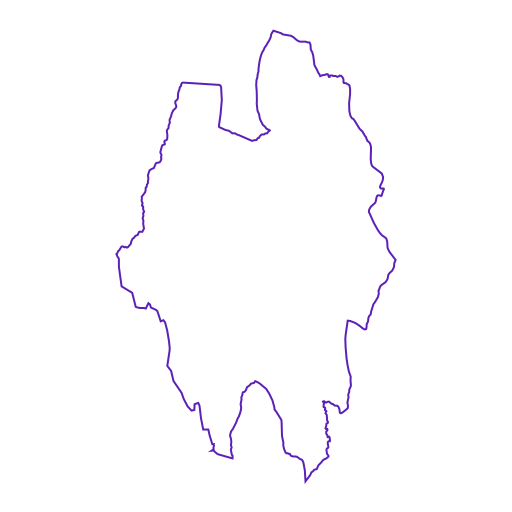 Loima, Rift Valley, Kenya
{"feature_id": "3690345B72596484741491", "entity_name": "Loima", "entity_type": "district", "adm_level": 2, "iso_a3": "KEN", "parent_name": "Kenya", "parent_adm1": "Rift Valley", "projection": "equal_earth", "projection_center": [35.181, 3.01], "detail": "fine", "context": "isolated", "style": "outline", "palette": "violet", "viewbox_px": 512, "rotation_deg": 0, "n_neighbors": 0, "source": "geoboundaries", "source_scale": "gbopen_adm2", "svg_char_len": 6047}
<svg xmlns="http://www.w3.org/2000/svg" viewBox="0 0 512 512"><path d="M305.5,481.3L310.2,475.1L311.3,472.5L313.4,470.9L314.1,469.8L316.7,469.1L318.5,465.2L321.0,462.7L322.9,460.3L323.9,459.5L326.0,458.6L328.4,456.7L328.5,456.3L328.4,455.6L327.0,453.8L326.4,449.7L327.0,448.5L328.0,447.9L328.4,447.2L327.7,443.1L327.9,442.0L328.5,441.3L329.9,441.2L330.0,440.2L329.5,437.2L329.0,436.7L327.7,437.1L327.5,436.6L327.4,435.2L326.6,434.4L326.2,433.1L326.2,431.7L327.3,430.4L327.5,429.7L327.1,428.9L326.0,429.0L325.5,428.4L326.1,426.4L326.5,423.6L327.7,423.0L328.0,422.0L327.1,420.4L326.8,415.3L326.6,414.7L325.5,413.3L325.7,412.5L326.4,411.3L326.1,410.8L324.9,410.0L325.2,408.1L325.0,407.6L323.7,407.1L323.5,406.3L324.0,403.6L323.0,401.6L324.0,401.2L325.9,402.6L328.0,401.7L329.1,401.7L331.6,403.8L332.9,404.0L334.7,405.6L337.1,405.7L338.2,406.5L339.3,408.8L339.9,412.6L340.4,413.2L341.3,413.2L342.8,412.3L346.9,409.0L347.9,407.9L347.9,405.0L347.4,402.6L348.6,396.9L348.2,395.6L348.4,394.0L349.2,392.0L349.3,389.5L350.8,386.2L350.9,384.5L350.5,380.4L350.7,376.7L348.8,371.2L347.5,364.8L346.5,357.9L345.6,347.2L345.3,339.1L345.7,334.5L347.7,320.7L350.0,320.9L355.2,322.9L358.9,325.3L362.8,328.4L364.5,329.3L365.8,329.3L366.2,329.0L366.5,327.4L366.7,324.1L367.8,322.0L368.2,320.5L368.3,318.3L369.0,316.3L370.7,314.3L371.1,311.7L373.4,304.3L375.4,301.4L377.8,297.3L378.8,293.8L378.5,290.6L379.3,289.1L380.0,286.9L381.1,285.3L385.5,282.2L387.3,279.5L387.9,277.6L388.3,274.8L389.7,272.9L392.3,270.5L393.6,267.9L394.0,266.7L394.3,263.2L395.6,259.9L389.4,251.8L387.9,248.7L387.5,247.1L387.2,241.6L386.4,238.9L385.8,238.0L382.1,235.4L379.8,232.9L378.0,230.3L374.0,223.2L368.9,211.9L369.0,210.1L370.3,207.5L371.7,205.9L374.9,203.1L375.4,202.4L375.9,200.7L376.5,197.5L377.1,196.0L378.0,195.3L380.1,195.5L381.0,196.0L381.6,195.7L382.9,191.5L383.9,189.2L383.6,188.5L380.9,188.5L380.1,187.5L380.0,186.8L380.6,185.0L382.0,182.3L382.6,180.6L383.1,178.1L383.0,176.8L381.8,173.5L372.7,166.6L371.9,165.6L371.1,163.1L370.7,158.9L371.0,149.6L371.0,147.2L370.4,144.4L369.3,142.4L367.3,140.8L367.1,139.8L366.5,139.0L366.1,137.2L364.7,135.6L363.9,133.9L363.0,132.8L362.7,131.8L359.6,128.8L354.6,120.6L353.2,118.8L352.2,118.5L351.7,117.9L350.9,116.8L350.0,114.4L349.3,110.6L349.1,103.0L350.1,94.2L350.1,88.9L349.5,85.6L349.2,85.1L346.0,83.2L343.9,83.0L343.5,82.4L343.5,79.9L343.1,78.3L342.1,76.7L341.0,75.8L339.6,75.6L339.4,76.0L337.3,76.9L335.7,76.0L333.1,76.0L332.5,75.5L330.7,75.4L329.9,75.7L329.7,76.9L329.4,77.0L328.9,76.9L328.0,74.5L327.1,74.1L324.3,75.0L322.5,75.2L320.2,76.1L319.5,74.4L318.3,72.8L317.0,69.8L315.0,66.3L314.4,64.8L313.2,55.5L312.3,52.4L310.8,49.6L310.5,44.7L309.5,42.4L308.0,42.5L305.7,41.7L300.7,41.7L298.5,41.2L296.5,39.9L293.5,37.2L291.0,35.8L282.8,34.4L281.1,33.2L273.4,30.7L271.3,34.0L270.6,37.5L268.9,41.0L267.7,42.8L266.2,45.6L264.6,47.6L263.8,49.7L262.2,52.4L261.1,55.2L259.9,59.5L259.0,64.7L258.5,69.3L258.5,71.5L258.1,72.5L257.5,75.3L257.4,77.3L256.5,80.0L256.2,85.1L256.7,91.2L256.9,100.7L256.7,103.4L257.5,110.7L259.1,114.3L259.7,118.1L260.4,120.1L262.8,124.8L265.1,126.8L266.1,128.3L266.9,128.9L269.7,130.2L269.8,130.5L268.1,131.9L267.1,133.3L265.3,133.5L263.9,134.5L262.0,134.4L261.4,134.7L259.8,136.2L259.1,137.7L257.7,138.2L256.5,140.0L253.8,140.3L252.1,140.9L238.6,135.0L237.3,134.7L235.0,133.3L232.3,133.3L229.0,130.8L225.5,130.0L219.2,127.1L218.9,125.9L220.6,114.0L221.8,100.0L221.1,87.2L220.5,85.6L219.1,84.9L183.1,82.6L181.9,83.0L181.1,84.8L181.1,85.9L179.9,87.1L179.2,90.0L178.4,92.0L178.0,94.1L177.9,97.8L177.6,99.0L177.0,99.9L175.5,101.1L175.3,101.6L175.3,103.2L176.2,105.7L176.3,107.0L175.4,108.3L173.3,110.3L171.8,113.3L171.0,116.5L169.6,119.7L169.6,121.3L169.9,122.5L168.6,125.7L168.6,127.9L167.1,129.9L166.8,131.0L167.4,135.3L167.2,139.0L166.5,140.1L165.0,140.6L164.5,141.1L164.3,141.8L164.9,144.0L164.7,144.4L162.4,145.2L161.9,146.2L161.3,148.4L160.4,151.9L160.4,152.8L161.4,154.6L161.4,155.8L161.0,157.2L161.4,158.6L161.1,159.7L160.5,161.2L159.8,162.1L158.4,162.7L156.8,162.8L155.9,163.3L153.8,168.1L152.0,168.8L149.7,170.2L149.0,171.7L147.9,175.6L148.3,177.4L148.3,179.6L147.9,181.2L148.0,183.0L146.9,184.7L146.7,186.7L145.7,187.7L145.6,190.4L145.1,192.3L141.7,196.8L141.9,198.0L141.6,200.7L142.6,203.3L142.0,205.0L142.0,205.7L143.1,206.4L143.2,209.6L144.1,211.5L144.0,212.0L143.1,213.2L143.4,215.8L142.7,218.2L142.7,218.8L143.3,220.1L143.4,220.9L143.2,224.0L144.0,228.6L142.3,231.8L139.5,231.7L139.0,232.0L137.7,234.9L135.4,235.9L134.2,237.5L132.4,239.0L131.2,241.7L130.8,243.8L128.0,247.1L126.9,247.6L125.6,246.9L124.4,247.3L122.9,246.4L121.8,246.5L121.2,247.0L119.3,250.2L118.1,251.3L117.1,253.5L116.4,254.1L117.4,256.4L118.6,258.2L118.9,259.2L118.9,266.8L121.6,286.4L132.2,292.8L135.7,306.8L137.1,307.4L139.9,308.0L144.0,308.0L145.8,308.5L148.4,303.2L150.0,304.5L150.9,307.5L156.2,310.0L157.4,311.2L160.7,321.3L163.4,320.2L165.1,322.4L167.2,330.5L169.0,341.3L169.7,347.9L169.6,350.4L167.3,365.9L171.1,370.9L173.5,381.0L181.6,392.9L183.7,398.9L187.5,406.2L191.5,410.6L194.3,410.0L194.6,404.2L198.2,402.9L199.1,404.7L199.5,405.7L201.0,418.2L203.2,429.5L208.3,429.5L209.7,435.7L212.3,444.2L213.8,444.1L213.7,444.6L214.0,445.5L213.4,447.9L213.7,449.2L211.6,450.7L213.4,450.5L216.8,453.5L218.1,454.3L232.5,458.4L232.6,455.8L231.8,454.8L230.9,449.9L230.9,449.2L231.5,447.9L231.6,447.2L230.9,445.0L231.3,442.4L231.2,440.5L231.0,438.9L230.0,435.5L231.0,431.6L233.0,428.7L236.0,422.9L237.8,418.1L238.8,416.6L240.3,412.4L241.1,408.9L241.1,406.9L240.6,404.1L241.5,399.9L241.4,397.3L242.4,394.7L242.6,393.1L242.9,392.3L244.4,391.9L245.2,391.1L246.1,389.7L247.0,387.2L249.9,385.1L250.9,383.7L254.0,382.9L255.2,381.2L257.2,382.0L259.6,383.4L266.3,389.0L269.3,393.8L272.4,400.3L274.3,407.1L274.6,409.7L276.0,411.3L281.3,419.8L281.6,421.9L282.0,436.1L283.3,442.2L283.3,445.5L284.1,449.1L285.6,452.6L286.4,453.3L287.7,453.2L288.5,453.8L289.9,453.9L290.6,455.4L291.4,456.0L293.9,456.6L294.8,456.4L296.8,456.7L299.9,458.9L301.9,459.8L302.7,460.9L303.4,462.6L304.8,470.2L305.5,481.3Z" fill="none" stroke="#5b21b6" stroke-width="2"/></svg>